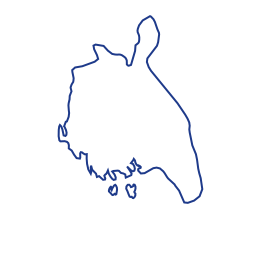 outline of Østfold, rotated 336°
{"feature_id": "NOR-924", "entity_name": "Østfold", "entity_type": "County", "adm_level": 1, "iso_a3": "NOR", "parent_name": "Norway", "parent_adm1": "", "projection": "mercator", "projection_center": [11.13, 59.345], "detail": "fine", "context": "isolated", "style": "outline", "palette": "blue", "viewbox_px": 256, "rotation_deg": 336, "n_neighbors": 0, "source": "natural_earth", "source_scale": "10m", "svg_char_len": 2969}
<svg xmlns="http://www.w3.org/2000/svg" viewBox="0 0 256 256"><g transform="rotate(336 128 128)"><path d="M193.6,34.8L194.3,35.6L195.5,39.0L195.7,42.1L195.0,49.9L195.0,53.6L194.5,55.2L190.4,61.9L187.9,64.7L174.0,72.3L172.1,75.4L171.7,80.8L172.3,85.2L183.3,125.5L185.7,139.0L186.2,143.6L186.2,147.9L186.1,148.1L185.3,151.0L183.4,154.3L182.5,157.4L179.7,170.0L179.4,179.6L178.2,185.0L175.6,193.8L174.7,198.3L174.0,203.4L171.0,214.1L165.6,219.5L158.9,221.2L152.2,220.7L149.1,218.9L149.2,206.0L147.7,199.9L147.6,198.5L144.1,190.4L143.7,188.6L143.1,184.1L142.6,181.9L140.7,177.9L138.0,175.8L134.8,175.0L124.8,176.0L121.3,174.8L120.0,171.1L120.5,169.8L121.3,169.4L123.2,169.6L123.8,168.9L123.3,167.5L122.4,166.5L122.1,166.9L121.3,166.0L120.9,165.0L120.7,163.5L120.8,161.8L121.1,161.1L121.1,160.3L120.7,158.6L119.7,159.5L116.4,161.3L117.9,162.9L118.2,165.5L117.7,168.0L116.4,169.6L114.7,169.5L113.5,167.9L111.5,162.8L112.5,168.3L112.7,171.2L111.8,172.4L105.8,172.4L106.6,169.3L105.2,167.6L103.3,166.2L102.3,163.5L101.4,162.8L97.1,161.3L95.9,161.3L96.8,165.0L96.7,168.1L95.7,169.9L93.8,169.6L92.9,168.0L92.2,165.2L91.9,161.8L92.4,158.6L90.4,160.4L89.3,161.1L88.2,161.3L87.0,161.9L86.8,163.2L86.8,164.7L86.1,165.7L84.2,165.2L82.0,160.2L79.7,160.1L80.2,156.7L78.3,151.5L79.0,147.4L77.9,148.9L76.6,153.1L75.4,154.6L74.9,149.7L76.0,144.2L77.8,139.1L79.7,135.1L78.0,134.6L76.9,133.2L76.1,131.6L75.1,130.9L74.0,131.7L72.4,135.5L71.6,136.4L68.8,134.6L67.9,130.4L67.4,125.7L65.6,122.6L67.0,119.6L67.3,117.5L66.6,115.8L64.8,114.3L60.8,112.7L60.3,111.3L61.3,107.3L64.0,101.5L65.8,98.6L67.0,97.6L67.7,99.5L67.5,102.6L66.2,108.6L67.6,109.8L68.9,109.2L70.0,107.3L70.5,104.7L70.5,101.1L70.3,100.5L73.7,97.0L74.6,97.2L74.9,97.1L78.3,93.7L80.3,90.4L81.1,87.8L82.8,83.1L83.9,81.2L86.3,78.0L87.8,75.0L91.3,71.5L91.9,68.1L92.2,67.4L94.2,65.3L96.7,63.6L97.5,62.4L98.6,60.4L100.0,54.1L100.6,52.4L104.3,51.2L111.4,53.0L124.5,53.9L128.8,52.8L129.3,48.8L129.1,42.3L130.0,38.7L132.3,38.6L139.1,43.1L141.1,49.2L143.7,53.9L146.1,55.6L148.0,56.6L149.7,57.2L150.9,57.9L152.1,59.1L153.5,61.4L154.2,62.8L154.4,64.6L154.3,65.9L152.8,69.5L153.4,70.9L154.0,71.4L156.4,71.6L165.8,60.5L168.5,55.5L171.9,54.6L173.1,53.7L174.2,51.9L175.2,49.7L175.7,47.9L175.8,46.1L175.8,44.5L176.3,42.9L177.4,41.3L179.9,38.7L185.2,35.7L193.6,34.8ZM109.7,182.2L110.3,182.0L111.0,182.6L111.0,184.5L110.2,186.4L109.1,187.8L107.8,188.9L107.7,189.6L108.1,190.9L107.2,192.7L105.6,193.9L104.3,194.2L103.8,193.8L103.6,193.0L103.4,192.3L102.5,192.2L101.6,191.4L101.6,188.7L101.8,185.6L101.7,182.7L102.8,180.8L104.6,179.8L106.0,180.3L106.6,181.9L106.6,183.2L107.4,183.4L109.7,183.1L109.6,182.5L109.7,182.2ZM93.2,174.7L93.6,175.7L93.6,177.9L92.9,179.9L90.5,183.6L89.8,183.8L89.5,182.9L89.0,182.6L87.6,183.2L86.5,182.9L86.1,182.0L85.8,180.8L84.8,178.2L85.2,177.2L86.2,176.0L87.5,175.0L88.5,174.7L88.8,175.4L88.5,176.2L87.9,176.8L87.6,177.6L87.7,178.2L89.2,176.7L91.9,174.9L93.2,174.7Z" fill="none" stroke="#1e3a8a" stroke-width="2"/></g></svg>